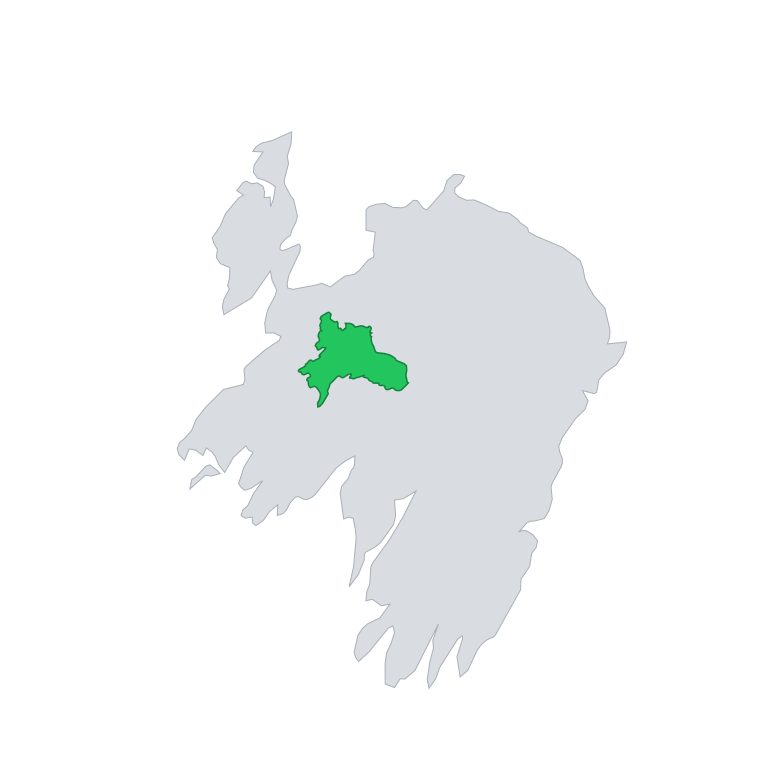 Roscommon on a map of Ireland (Natural Earth projection), rotated 312°
{"feature_id": "IRL-727", "entity_name": "Roscommon", "entity_type": "County", "adm_level": 1, "iso_a3": "IRL", "parent_name": "Ireland", "parent_adm1": "", "projection": "natural_earth1", "projection_center": [-8.318, 53.695], "detail": "fine", "context": "in_parent", "style": "filled", "palette": "green", "viewbox_px": 768, "rotation_deg": 312, "n_neighbors": 0, "source": "natural_earth", "source_scale": "10m", "svg_char_len": 7854}
<svg xmlns="http://www.w3.org/2000/svg" viewBox="0 0 768 768"><g transform="rotate(312 384 384)"><path d="M484.0,165.5L468.1,173.8L465.6,177.0L461.2,189.7L460.7,193.3L450.8,207.4L445.1,210.3L436.7,212.6L431.9,214.9L425.9,213.7L418.3,213.9L414.5,216.4L414.7,218.4L417.0,220.6L431.1,227.1L430.3,229.8L426.3,232.9L401.0,240.5L393.5,245.1L390.9,248.2L393.6,253.2L413.8,268.5L417.2,270.2L420.2,279.1L438.1,282.8L445.4,288.4L451.7,289.7L465.4,289.2L470.9,291.3L474.0,289.7L475.7,286.8L491.0,275.9L486.2,267.8L501.5,254.0L505.8,254.2L513.0,258.4L519.0,264.3L521.0,272.1L526.7,279.2L530.4,281.6L540.2,283.0L542.5,285.8L540.8,296.0L542.3,299.4L567.4,299.2L577.3,294.7L586.0,295.5L590.4,300.1L592.3,304.8L584.9,306.6L577.1,305.6L573.3,308.7L573.1,314.7L575.8,322.4L581.1,327.8L585.4,340.1L589.0,353.8L594.5,362.1L595.7,372.3L595.0,377.3L596.0,386.4L593.8,389.6L595.6,398.1L605.0,425.5L607.1,447.0L602.7,455.0L596.7,462.7L592.9,471.7L589.9,481.5L588.2,497.3L575.3,515.8L569.8,520.4L563.3,523.2L577.6,536.2L566.1,541.9L553.5,543.8L539.5,540.5L530.8,540.9L519.8,547.7L517.3,546.4L511.9,535.8L508.2,546.8L500.1,550.3L486.4,549.5L463.3,552.4L454.5,555.6L450.8,560.5L448.1,566.1L444.5,569.5L440.5,571.2L422.7,575.4L419.2,577.1L410.9,586.2L400.1,591.5L391.2,593.1L383.2,587.8L379.9,584.6L376.2,583.0L364.0,583.2L367.9,584.8L370.4,588.6L371.6,595.8L370.2,602.9L364.2,606.5L357.0,607.1L345.6,614.4L330.6,616.4L322.4,623.2L272.7,634.6L269.8,634.8L263.0,631.8L255.6,630.6L248.1,631.5L227.3,637.9L217.2,636.6L230.2,620.7L247.5,612.7L249.3,610.5L243.7,609.5L210.8,615.0L199.3,619.7L187.9,621.1L193.3,613.9L208.1,604.0L220.8,597.5L226.3,591.7L241.9,585.1L191.9,598.7L178.8,597.0L175.7,593.2L165.5,595.0L161.7,585.8L177.0,571.9L185.8,565.9L196.3,562.7L206.4,558.1L210.2,552.4L205.5,550.6L175.3,552.1L160.9,550.8L161.7,546.4L164.5,541.4L179.5,532.9L187.6,531.5L194.8,532.3L207.5,537.4L224.4,535.7L217.4,530.3L216.2,519.3L210.8,515.6L217.8,510.4L225.7,507.3L239.0,496.8L243.7,495.2L269.8,492.6L297.9,487.1L325.8,479.4L311.6,475.1L304.7,469.5L293.7,480.9L285.8,485.2L263.4,487.6L256.3,486.3L246.4,482.8L243.3,484.1L240.4,486.8L225.5,492.4L209.9,493.8L228.1,483.5L251.2,466.1L256.3,460.6L263.6,451.0L261.4,446.8L256.7,444.4L273.4,424.7L279.3,421.1L289.9,420.6L297.7,417.4L301.1,417.4L304.2,416.3L311.1,410.4L300.5,406.7L289.7,404.7L256.0,406.8L251.6,406.3L247.4,404.5L244.8,401.9L242.8,395.3L240.3,393.8L232.7,393.8L225.2,395.8L220.0,395.6L214.9,392.7L223.1,385.9L212.6,384.3L201.9,385.6L193.1,383.5L192.8,379.3L196.9,375.0L191.6,370.9L190.6,365.8L196.2,363.3L202.4,364.2L214.9,360.4L230.9,358.5L217.2,354.8L211.8,351.6L211.6,346.7L212.7,342.6L228.6,335.5L245.6,332.4L244.3,327.7L245.6,322.7L228.5,321.2L211.6,324.8L213.4,315.2L217.5,306.5L218.4,300.8L217.6,294.7L209.7,297.3L208.9,288.6L205.5,282.7L193.8,286.8L194.2,279.0L197.6,273.6L203.7,271.2L209.8,272.2L221.0,272.1L231.9,268.0L247.6,267.0L272.5,268.3L289.6,279.8L294.1,277.7L301.0,270.4L304.2,269.6L330.0,272.8L346.1,277.0L350.4,275.7L348.1,267.6L342.6,262.0L349.5,254.6L357.9,249.7L363.6,247.2L376.6,244.1L382.2,241.2L386.0,231.7L392.0,223.9L359.4,228.0L328.4,218.6L333.4,212.1L339.9,208.3L351.2,205.5L352.3,202.0L358.0,199.2L367.4,191.7L364.0,181.9L365.8,174.8L372.6,170.1L374.7,163.4L377.8,158.5L391.5,156.7L404.7,152.2L425.1,151.5L430.4,153.4L429.2,145.3L438.8,144.3L442.5,145.9L444.2,151.6L448.6,155.2L450.0,161.6L447.0,166.5L442.2,170.3L446.7,174.2L439.8,181.1L447.2,178.2L457.9,171.3L457.3,165.7L455.4,158.7L452.4,152.3L453.8,145.4L459.7,141.0L475.5,138.8L469.0,130.9L474.7,130.1L480.9,131.8L490.2,138.0L509.7,146.7L500.2,154.3L488.5,159.7L484.0,165.5ZM208.1,318.4L207.7,322.1L200.2,317.4L196.6,312.3L176.0,310.0L184.7,304.9L188.8,306.4L203.4,306.6L207.4,308.7L208.1,318.4Z" fill="#d9dde1" stroke="#a8b0b8" stroke-width="1"/><path d="M411.4,389.6L409.6,391.5L405.4,394.3L404.5,395.1L403.7,396.4L401.5,399.2L400.9,400.6L401.1,401.4L397.5,401.3L391.7,400.9L390.6,400.6L389.8,400.1L389.0,399.4L387.7,397.8L387.2,396.9L387.0,396.2L387.2,394.7L387.2,394.4L387.1,394.0L386.8,393.2L386.2,392.7L385.3,392.1L383.5,391.3L382.5,390.7L381.8,390.1L381.5,389.2L381.4,388.6L381.5,388.0L382.0,387.2L382.7,385.9L382.8,385.5L382.7,385.1L382.3,384.3L381.9,383.7L380.4,382.2L380.0,381.6L380.0,381.0L380.2,380.5L380.9,379.9L381.2,379.6L381.0,379.3L380.8,379.0L379.7,378.0L378.5,376.6L378.2,376.2L377.8,375.8L377.5,375.2L377.5,374.7L377.7,373.7L377.6,373.2L377.4,372.4L377.1,371.7L376.8,370.9L376.8,370.4L376.8,369.9L377.3,368.5L377.3,368.1L377.2,367.8L377.0,367.1L375.6,364.6L375.5,364.2L375.6,363.8L376.0,363.6L376.9,363.5L376.4,363.0L372.7,361.0L370.3,359.3L367.9,358.2L367.3,357.6L366.9,357.0L366.8,356.5L366.5,356.0L365.5,354.8L365.5,354.4L365.9,354.1L366.4,353.9L368.5,353.8L369.0,353.6L369.3,353.3L369.2,352.8L369.0,352.4L368.7,352.1L368.2,351.7L366.4,350.8L365.5,350.5L362.9,349.9L361.8,349.5L360.9,348.9L360.7,348.5L360.4,348.1L360.3,347.7L360.3,347.2L360.3,346.0L360.1,345.5L359.6,345.1L358.7,344.6L358.1,344.4L357.5,344.3L350.6,344.1L349.3,343.8L348.6,343.8L347.7,344.0L345.2,345.2L341.9,346.3L340.9,346.8L340.4,347.3L340.2,347.8L340.0,348.3L339.8,348.7L339.4,349.0L338.9,349.2L330.9,350.8L330.4,351.0L328.2,351.3L324.3,351.2L322.7,350.2L325.4,347.4L326.9,347.0L327.5,347.0L328.1,346.8L329.2,346.5L332.0,345.1L332.4,344.8L334.1,343.3L334.7,342.3L335.3,340.7L336.1,337.1L336.2,335.6L336.1,334.6L335.9,334.2L335.6,333.8L335.2,333.5L332.0,331.8L331.8,331.2L332.0,330.3L332.9,328.6L333.5,327.7L334.4,326.8L334.9,326.3L335.1,325.6L335.1,324.4L335.3,324.0L335.7,323.6L336.6,323.4L337.3,323.4L338.0,323.5L339.6,324.2L340.1,324.3L340.7,324.0L341.2,323.5L341.6,322.0L341.6,321.2L341.5,320.6L341.1,320.2L337.7,318.6L337.3,318.3L337.0,317.9L336.8,317.5L336.6,317.0L336.6,316.5L336.7,316.0L337.1,314.2L336.9,313.8L336.3,313.1L336.2,312.6L336.3,312.1L336.7,311.5L337.5,311.3L338.6,311.4L343.4,313.2L344.7,313.3L346.5,312.5L347.4,312.9L348.0,313.0L351.3,312.8L351.9,313.0L352.4,313.3L352.7,313.6L353.0,314.0L353.1,314.5L353.3,315.5L353.4,316.0L353.7,316.3L354.2,316.6L355.9,316.9L358.1,318.0L359.2,318.4L359.9,318.5L360.6,318.5L361.2,318.5L361.7,318.3L362.0,318.0L361.7,317.7L361.4,317.6L361.1,317.4L361.3,317.1L361.8,316.8L362.8,316.6L371.0,317.0L371.5,316.8L371.8,316.5L371.6,316.0L370.9,315.3L370.6,314.9L370.5,314.4L370.3,314.0L370.0,313.7L369.4,313.6L368.2,313.5L367.6,313.4L365.5,312.6L365.2,312.4L365.1,312.2L365.2,311.5L365.3,310.8L366.2,309.4L366.3,308.6L366.2,308.1L366.3,307.6L366.6,307.2L368.3,306.7L369.3,306.6L370.2,306.7L371.4,307.0L372.1,307.1L373.2,306.9L373.5,306.6L374.0,306.1L374.6,305.0L375.1,303.5L375.6,302.9L376.6,302.3L378.7,301.4L379.7,301.2L380.5,301.3L381.2,301.9L381.6,302.1L382.0,302.0L382.1,301.3L382.0,300.8L382.0,300.3L382.3,299.7L383.3,299.1L383.9,298.5L384.3,297.5L384.8,297.0L385.8,296.6L387.8,296.0L388.8,295.5L389.2,295.0L389.7,294.3L389.7,293.0L392.0,292.1L393.8,292.5L398.6,294.0L399.9,294.6L400.5,295.3L400.5,296.9L400.5,297.4L400.3,297.9L400.1,298.2L399.8,298.6L398.7,298.7L397.4,299.5L396.6,300.5L396.4,302.0L397.1,305.8L397.4,306.5L399.0,307.2L398.8,308.3L398.0,309.4L397.6,309.8L396.9,310.3L395.6,311.7L394.8,313.2L395.8,313.9L396.3,314.4L396.1,316.6L396.2,317.4L397.0,317.8L398.9,317.7L399.6,318.4L400.9,317.6L401.9,316.8L402.7,315.8L403.2,314.7L406.2,318.1L407.1,320.0L407.4,322.7L407.0,323.5L407.3,324.6L407.8,325.3L409.4,326.2L410.5,327.0L411.7,327.9L413.1,329.7L413.6,331.6L414.2,333.2L415.7,334.4L416.4,334.0L417.1,334.5L417.4,335.6L417.1,337.0L416.4,337.6L412.9,338.9L413.1,339.4L413.6,340.7L412.7,340.5L411.9,340.7L411.3,341.0L410.8,341.5L410.7,342.0L410.8,342.6L410.9,343.1L408.8,344.2L406.9,346.7L406.0,348.4L405.3,350.4L404.8,351.5L403.1,354.4L402.6,355.7L402.4,356.6L402.5,357.1L402.9,358.1L403.4,359.2L406.9,363.9L409.5,369.0L410.4,373.6L410.4,375.4L409.9,377.0L410.0,378.1L412.6,385.5L412.6,388.4L411.5,389.5L411.4,389.6Z" fill="#22c55e" stroke="#15803d" stroke-width="1.5"/></g></svg>